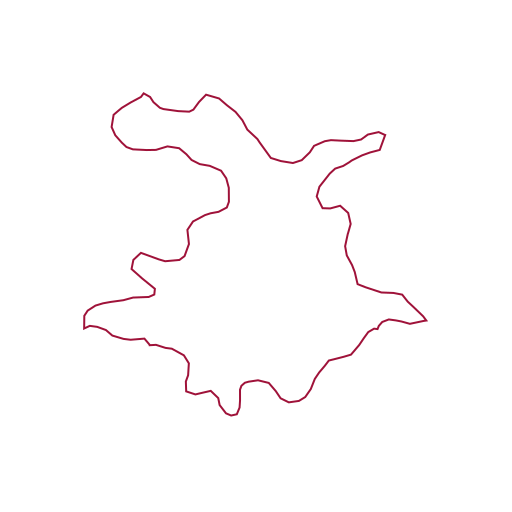 Agdam District, Ağdam, Azerbaijan (Natural Earth projection), rotated 200°
{"feature_id": "54616110B71765796178707", "entity_name": "Agdam District", "entity_type": "district", "adm_level": 2, "iso_a3": "AZE", "parent_name": "Azerbaijan", "parent_adm1": "Ağdam", "projection": "natural_earth1", "projection_center": [47.033, 40.029], "detail": "fine", "context": "isolated", "style": "outline", "palette": "rose", "viewbox_px": 512, "rotation_deg": 200, "n_neighbors": 0, "source": "geoboundaries", "source_scale": "gbopen_adm2", "svg_char_len": 2233}
<svg xmlns="http://www.w3.org/2000/svg" viewBox="0 0 512 512"><g transform="rotate(200 256 256)"><path d="M325.4,135.8L319.6,138.3L309.6,138.7L303.4,140.1L289.8,138.0L282.4,132.2L279.0,120.7L279.0,114.1L275.3,104.9L265.6,105.2L259.2,109.4L252.4,113.8L242.9,109.6L239.2,103.5L230.4,97.9L224.8,97.6L219.9,100.7L219.6,108.0L221.6,114.8L225.3,124.9L225.3,129.1L223.1,133.1L219.9,135.4L211.6,139.9L200.6,141.1L191.2,135.8L184.2,130.7L175.1,129.7L166.1,134.5L161.5,140.3L159.0,149.7L158.7,160.6L156.8,168.2L153.8,176.3L151.8,182.7L147.6,185.5L139.1,191.3L133.0,195.8L128.6,207.6L126.6,215.6L124.5,222.9L120.2,228.1L116.8,228.9L116.7,232.3L114.8,237.2L109.5,241.8L102.6,243.3L97.0,244.2L88.2,244.9L76.3,252.3L73.9,253.6L78.3,256.5L90.7,262.0L97.8,265.0L105.4,269.7L114.2,268.3L125.7,264.6L142.3,264.1L150.9,264.3L157.7,274.7L162.6,280.3L170.9,287.6L175.6,295.7L177.3,308.1L177.3,308.9L178.0,318.5L184.1,328.0L194.1,332.0L202.5,326.1L209.8,323.7L219.3,332.7L220.1,342.8L214.9,358.6L211.5,365.2L204.9,370.4L200.5,375.9L198.8,378.4L197.5,379.8L190.7,386.9L184.1,392.4L176.0,398.0L176.0,405.1L176.0,413.9L176.9,413.9L183.1,414.4L192.4,408.4L197.1,401.4L203.7,397.3L216.1,393.3L225.2,390.5L230.6,387.4L239.1,379.4L240.9,371.8L245.8,361.7L253.1,356.0L265.1,353.7L275.6,353.2L291.5,364.0L294.7,366.4L307.4,371.8L315.2,378.9L324.5,384.4L334.8,387.7L344.6,391.4L358.1,390.5L362.2,381.3L364.9,372.1L368.1,368.8L378.8,365.5L393.3,362.4L397.0,362.4L405.0,365.5L409.9,369.2L417.2,370.4L418.5,366.1L426.2,357.5L432.7,349.4L434.8,345.8L438.1,340.0L435.8,327.8L429.5,321.3L420.8,316.6L415.0,314.1L408.2,314.1L394.9,318.2L386.3,321.5L376.7,328.7L365.1,331.0L356.2,327.8L349.4,324.2L340.3,323.1L330.3,324.9L318.0,324.2L310.5,318.8L304.9,310.8L300.0,297.7L300.0,291.6L306.3,284.7L313.3,280.6L317.9,277.0L327.0,266.9L329.4,257.1L323.1,244.3L323.1,238.4L323.1,231.5L326.6,226.1L339.6,220.0L346.1,219.6L365.2,219.6L369.9,210.4L368.5,201.2L355.4,196.0L339.8,190.6L338.4,185.0L342.8,180.8L357.3,174.9L365.5,169.1L376.9,163.1L383.6,159.2L389.9,154.5L395.5,147.1L396.9,141.1L392.9,129.7L392.7,129.1L388.3,133.5L381.0,135.1L371.7,135.1L363.8,132.1L352.1,132.8L345.2,134.4L332.6,140.2L325.6,136.2L325.4,135.8Z" fill="none" stroke="#9f1239" stroke-width="2"/></g></svg>